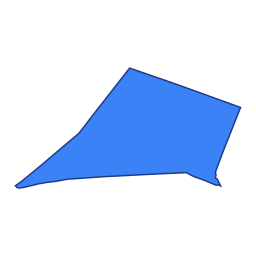 outline of Teixeirópolis, Rondônia, Brazil
{"feature_id": "56859067B79594845024036", "entity_name": "Teixeirópolis", "entity_type": "district", "adm_level": 2, "iso_a3": "BRA", "parent_name": "Brazil", "parent_adm1": "Rondônia", "projection": "mercator", "projection_center": [-62.287, -10.933], "detail": "fine", "context": "isolated", "style": "filled", "palette": "blue", "viewbox_px": 256, "rotation_deg": 0, "n_neighbors": 0, "source": "geoboundaries", "source_scale": "gbopen_adm2", "svg_char_len": 699}
<svg xmlns="http://www.w3.org/2000/svg" viewBox="0 0 256 256"><path d="M240.6,107.5L178.1,84.9L129.6,68.1L114.4,87.6L101.5,104.1L100.2,105.7L91.1,117.4L86.8,123.1L85.6,124.7L82.8,128.4L78.7,133.5L72.8,138.5L68.0,142.5L39.9,166.3L30.1,174.4L21.0,181.8L15.4,185.8L17.5,187.8L20.1,187.9L23.8,187.4L39.1,183.7L47.5,182.3L55.3,181.4L67.4,179.2L103.4,176.7L157.9,173.9L169.0,173.4L186.7,172.6L188.1,173.6L193.4,176.3L195.2,177.1L197.2,177.7L204.0,180.2L207.7,181.7L213.0,183.9L214.9,184.8L216.8,185.2L218.6,184.9L220.6,185.9L218.4,181.4L217.0,178.9L215.3,178.0L216.1,174.7L215.3,172.9L216.0,170.5L223.5,150.4L231.7,129.8L239.6,109.9L240.6,107.5Z" fill="#3b82f6" stroke="#1e3a8a" stroke-width="1.5"/></svg>